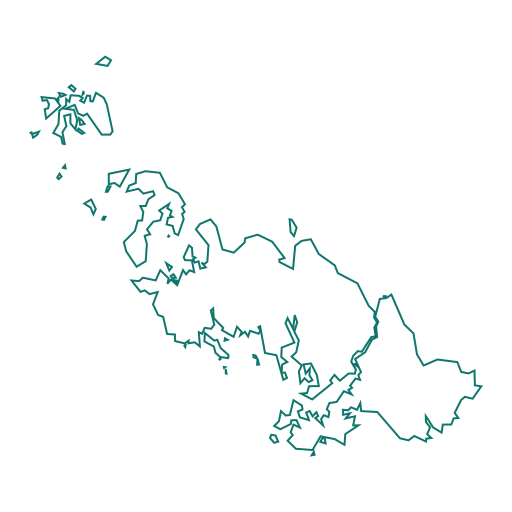 Nggela, Central, Solomon Islands
{"feature_id": "97153195B87016285227025", "entity_name": "Nggela", "entity_type": "district", "adm_level": 2, "iso_a3": "SLB", "parent_name": "Solomon Islands", "parent_adm1": "Central", "projection": "robinson", "projection_center": [160.166, -9.023], "detail": "fine", "context": "isolated", "style": "outline", "palette": "teal", "viewbox_px": 512, "rotation_deg": 0, "n_neighbors": 0, "source": "geoboundaries", "source_scale": "gbopen_adm2", "svg_char_len": 6038}
<svg xmlns="http://www.w3.org/2000/svg" viewBox="0 0 512 512"><path d="M377.1,322.4L374.1,317.7L374.7,311.8L368.8,306.0L357.4,283.3L337.8,273.1L334.8,265.4L318.8,254.0L310.8,239.3L301.5,240.9L295.2,245.8L293.0,268.9L279.5,262.0L279.3,259.6L284.6,258.1L272.2,241.7L257.8,234.7L245.2,238.3L244.6,242.5L233.8,252.6L222.5,249.5L216.3,226.3L210.4,219.4L200.0,224.0L195.9,229.4L208.5,245.1L207.3,261.8L204.0,264.3L201.5,262.5L205.8,267.4L200.3,268.6L198.5,261.3L194.9,262.6L193.0,259.2L195.4,257.7L192.5,256.3L192.0,247.8L189.0,245.4L183.7,257.2L185.0,260.1L191.9,260.4L194.2,272.1L189.5,270.3L186.1,274.4L183.0,270.1L177.2,285.2L170.9,279.6L167.4,283.7L168.7,278.5L160.3,270.2L155.7,280.4L142.8,277.7L139.1,281.1L131.5,280.5L140.5,291.8L144.8,290.4L149.5,294.1L157.7,292.0L153.0,304.3L158.1,315.0L163.2,316.9L167.1,334.0L174.9,334.5L175.1,341.1L184.8,343.4L188.6,340.7L188.4,343.3L194.8,342.3L199.8,346.4L198.9,332.2L202.1,333.8L204.7,327.8L211.2,328.8L214.3,324.7L210.8,310.5L213.2,308.4L213.7,318.0L223.2,327.9L222.0,330.2L233.6,336.8L237.0,326.8L241.7,331.9L240.3,335.3L245.0,331.8L248.1,336.5L250.0,330.8L258.5,333.7L260.4,330.9L258.4,327.0L260.1,326.2L265.0,353.0L276.4,355.2L283.3,379.8L287.0,377.9L284.9,372.6L281.6,372.7L282.1,364.6L287.3,362.0L281.3,357.1L281.7,347.6L294.4,342.6L285.5,323.2L287.6,318.1L293.1,328.8L294.7,315.1L297.2,322.3L294.3,331.7L298.8,340.4L296.2,352.3L291.6,356.6L301.8,365.4L298.9,371.4L300.4,383.2L304.6,378.2L308.7,382.1L312.4,380.2L309.4,375.1L309.9,368.3L305.7,373.6L303.6,364.4L311.0,363.5L316.8,374.9L318.8,386.1L309.1,386.2L307.0,393.1L301.1,393.6L312.2,399.4L332.2,383.2L330.2,380.4L334.5,374.9L339.8,380.7L348.7,373.5L354.8,373.7L355.9,369.6L351.2,361.6L353.1,356.0L357.7,351.2L361.9,351.7L371.3,337.1L375.7,336.2L374.3,327.5L377.1,322.4ZM481.3,386.3L474.9,385.4L474.5,370.6L468.6,373.4L461.3,372.0L457.3,362.1L437.5,359.5L423.6,365.5L417.0,354.4L413.5,333.4L404.4,324.6L391.4,294.6L386.6,297.9L379.8,299.0L375.2,316.7L378.3,321.6L376.1,326.6L377.1,337.1L372.0,339.6L365.1,352.3L355.1,359.0L361.0,372.0L358.3,375.2L360.0,379.8L355.6,378.5L350.1,385.7L352.1,387.8L348.4,389.9L351.6,394.4L343.9,391.2L336.7,401.9L329.4,403.1L326.8,409.2L329.3,411.8L328.4,417.1L323.8,415.2L321.1,419.1L323.1,425.4L315.2,418.0L318.2,416.0L316.4,412.2L312.6,416.3L309.6,411.0L306.2,412.6L309.0,420.1L299.9,417.4L297.9,411.4L302.5,409.5L301.9,405.5L293.5,400.2L289.9,415.0L285.7,415.5L281.0,411.1L278.9,421.3L274.2,426.0L280.3,429.2L290.8,424.0L291.3,420.3L296.5,420.1L299.9,427.6L293.5,424.6L290.7,432.2L292.7,435.2L287.6,440.7L295.9,448.8L312.5,450.0L320.6,436.3L334.7,439.1L344.5,444.8L345.3,434.1L358.5,425.3L353.2,425.4L355.0,416.3L345.7,418.4L349.9,413.3L343.1,414.8L343.0,409.8L348.2,410.3L351.0,407.3L357.1,409.8L360.3,403.1L361.2,411.1L377.3,412.0L400.0,438.3L408.5,440.3L414.3,436.0L426.0,441.5L426.2,438.7L431.3,438.0L427.2,434.2L430.1,427.3L425.9,421.9L425.8,416.1L433.1,427.4L441.6,432.6L442.8,424.6L451.3,424.5L453.7,418.4L458.3,418.0L454.7,412.8L461.1,400.1L464.8,396.8L472.6,398.7L481.3,386.3ZM185.0,204.3L178.5,193.3L167.2,187.3L159.9,172.8L145.4,171.2L136.2,174.0L135.7,183.1L129.2,185.6L126.7,191.6L138.4,188.8L143.4,193.6L153.1,191.2L154.6,195.1L148.4,199.2L145.7,206.0L140.3,206.1L143.3,212.0L142.1,220.5L137.8,220.6L134.9,231.0L123.8,242.1L126.2,251.3L136.6,266.7L145.7,261.2L146.9,244.2L144.7,235.8L150.1,234.3L147.0,229.4L153.3,221.7L160.2,220.3L162.5,213.6L159.2,210.5L169.1,203.9L167.3,208.3L171.6,210.9L169.9,215.5L172.3,216.9L168.0,217.8L166.6,224.4L172.6,225.9L174.7,233.4L178.1,235.1L183.7,219.1L182.1,213.9L184.6,211.9L181.9,207.1L185.0,204.3ZM112.6,131.3L106.8,104.4L103.7,97.7L96.0,92.8L92.8,101.4L90.4,101.2L90.1,95.9L87.0,95.6L84.1,102.7L80.2,100.6L82.7,98.0L79.1,95.8L70.7,95.3L69.3,101.8L66.2,99.0L66.2,105.2L59.3,110.7L58.5,124.0L53.3,133.0L61.0,136.8L62.6,143.7L64.8,144.0L62.4,132.2L66.4,126.1L64.1,115.9L70.4,114.3L70.4,123.3L75.5,129.5L77.2,120.1L73.9,109.9L65.2,108.8L74.7,104.9L78.1,113.4L83.2,115.8L87.1,113.7L101.7,134.6L110.3,134.6L112.6,131.3ZM129.2,169.6L108.8,173.8L108.8,184.3L114.4,183.0L119.8,186.6L129.2,169.6ZM60.4,105.9L55.1,98.5L41.6,97.1L42.6,100.8L46.8,100.0L49.0,104.0L48.2,108.2L44.7,109.3L46.2,118.5L60.4,105.9ZM228.5,355.0L220.7,348.1L217.3,339.8L214.3,340.6L204.9,333.0L204.4,341.4L213.8,346.5L215.5,352.8L220.2,357.0L228.2,358.1L228.5,355.0ZM95.8,209.0L91.2,199.5L84.3,203.6L90.6,207.5L93.4,214.3L95.8,209.0ZM111.0,60.2L105.2,56.7L96.2,63.9L107.6,65.9L111.0,60.2ZM296.6,227.7L291.8,219.8L289.6,219.3L290.6,232.1L294.0,236.1L296.6,227.7ZM278.2,441.6L275.5,435.5L271.3,434.8L270.0,438.0L274.2,442.8L278.2,441.6ZM84.6,123.9L82.0,120.4L79.0,118.1L80.2,124.9L84.6,123.9ZM110.4,186.5L107.6,186.4L105.9,191.8L107.8,191.7L110.4,186.5ZM38.9,131.7L32.0,134.1L33.1,137.6L37.2,134.8L38.9,131.7ZM325.6,443.4L324.8,438.9L322.9,437.5L320.3,441.8L325.6,443.4ZM61.5,176.5L59.5,173.7L57.2,177.6L58.7,179.1L61.5,176.5ZM75.5,88.8L71.4,85.1L68.8,87.2L73.8,91.4L75.5,88.8ZM169.3,270.5L172.0,267.0L166.3,263.2L169.3,270.5ZM175.8,277.7L173.5,274.2L170.6,276.1L172.4,278.0L175.8,277.7ZM65.5,94.9L63.4,93.8L58.9,93.1L60.9,96.8L65.5,94.9ZM259.1,364.5L257.5,359.1L257.1,364.7L259.1,364.5ZM84.1,132.9L78.6,128.6L77.3,130.7L81.8,133.9L84.1,132.9ZM65.6,168.4L65.0,165.3L63.0,167.8L65.6,168.4ZM314.5,454.8L313.8,451.9L311.7,455.3L314.5,454.8ZM226.5,373.6L225.7,369.0L225.8,373.5L226.5,373.6ZM257.3,358.7L255.6,355.5L253.3,355.0L253.5,357.3L257.3,358.7ZM105.5,216.8L103.6,216.7L102.3,219.5L104.0,219.8L105.5,216.8ZM176.9,283.4L176.8,280.6L174.2,280.1L176.9,283.4ZM224.6,340.6L227.6,339.8L225.0,338.3L224.6,340.6ZM185.2,347.0L185.8,344.0L184.4,345.7L185.2,347.0ZM218.9,360.0L220.5,359.0L219.9,358.4L218.9,360.0ZM83.7,93.6L83.5,90.9L82.6,94.6L83.7,93.6ZM385.7,297.7L385.8,296.2L383.0,296.0L385.7,297.7ZM356.2,365.6L355.9,364.0L354.4,364.1L356.2,365.6ZM58.4,100.0L58.5,97.5L57.5,98.7L58.4,100.0ZM224.1,368.0L225.2,367.2L223.9,367.0L224.1,368.0ZM167.7,237.3L169.2,236.2L168.6,235.6L167.7,237.3ZM32.2,134.0L31.5,132.4L30.7,132.8L32.2,134.0Z" fill="none" stroke="#0f766e" stroke-width="2"/></svg>